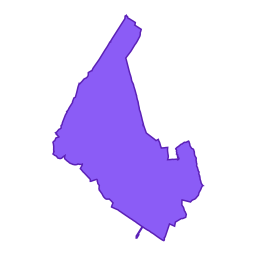 the district of Ghindaoani, Neamt, Romania
{"feature_id": "2599482B15248665891771", "entity_name": "Ghindaoani", "entity_type": "district", "adm_level": 2, "iso_a3": "ROU", "parent_name": "Romania", "parent_adm1": "Neamt", "projection": "mercator", "projection_center": [26.355, 47.112], "detail": "fine", "context": "isolated", "style": "filled", "palette": "violet", "viewbox_px": 256, "rotation_deg": 0, "n_neighbors": 0, "source": "geoboundaries", "source_scale": "gbopen_adm2", "svg_char_len": 5635}
<svg xmlns="http://www.w3.org/2000/svg" viewBox="0 0 256 256"><path d="M200.6,189.8L201.6,187.3L202.3,186.1L202.5,185.7L203.0,185.6L202.4,185.1L202.0,184.4L201.3,183.4L200.6,180.7L200.2,179.6L200.0,178.2L199.9,177.0L199.7,176.9L199.5,176.7L199.7,176.1L199.5,175.4L199.0,174.5L198.8,173.5L198.9,173.2L199.0,172.8L199.0,172.2L199.0,171.9L198.8,171.6L198.5,171.2L198.1,170.7L198.2,170.1L197.9,169.6L197.4,167.3L197.0,166.8L196.6,166.1L196.8,163.7L196.4,162.7L196.4,161.8L196.1,160.3L196.1,160.1L196.1,159.5L196.2,159.0L196.2,158.0L196.1,157.8L195.5,156.9L195.3,156.4L195.0,156.0L194.8,155.7L194.7,155.5L194.5,154.3L194.3,152.9L194.3,152.5L194.4,152.2L193.5,149.4L193.2,149.1L192.5,148.7L191.6,148.3L190.7,146.9L190.5,146.6L190.0,145.7L189.9,145.2L189.8,144.6L189.8,144.3L189.6,143.6L189.5,143.2L189.2,142.8L189.2,142.6L189.2,142.3L188.9,141.5L188.6,141.1L188.4,141.2L187.8,141.4L186.7,142.0L186.1,142.4L185.4,142.3L184.6,142.4L184.3,142.3L184.0,142.5L182.1,143.9L181.0,144.3L178.5,146.4L176.9,147.5L176.3,148.1L175.7,148.8L175.8,149.1L176.2,149.3L176.6,150.3L176.5,151.0L176.4,151.7L176.9,152.9L176.7,153.7L176.6,153.8L176.5,154.0L177.0,154.3L177.3,154.7L177.5,154.9L177.7,155.0L177.6,155.4L177.3,155.6L177.3,155.8L177.7,156.1L178.0,156.5L178.1,157.0L177.7,157.1L177.7,157.5L178.0,157.9L178.6,157.9L178.9,158.2L178.9,158.6L178.6,159.3L178.5,159.5L177.5,159.8L177.4,159.4L177.1,159.1L175.2,159.3L173.3,159.4L172.6,159.3L170.0,159.6L167.6,159.7L168.2,157.5L168.3,156.5L168.3,156.0L167.9,153.7L167.6,151.4L167.5,149.9L167.6,148.5L167.7,147.4L165.4,147.6L164.4,147.8L161.3,148.0L161.1,147.3L160.5,145.8L160.3,144.9L159.7,142.8L159.4,142.0L158.9,141.2L158.3,139.4L156.0,140.6L154.3,139.1L146.3,133.0L143.6,125.3L143.2,125.5L143.0,124.6L143.4,124.2L142.2,119.9L141.8,118.0L141.4,116.4L140.6,113.2L140.5,112.7L140.2,111.7L139.9,110.9L139.8,110.7L139.5,109.9L139.1,107.3L138.5,104.7L138.3,103.1L138.0,101.6L137.3,99.5L137.0,98.2L136.9,97.8L136.8,97.2L136.7,96.7L136.6,96.3L136.6,95.7L136.3,94.9L135.9,93.5L135.0,90.1L133.8,86.3L133.4,84.4L132.8,83.1L132.7,82.8L132.3,82.2L131.9,81.2L131.6,80.4L131.2,78.0L130.4,75.1L130.2,74.7L129.4,72.0L128.2,67.3L126.0,58.7L125.7,58.1L131.0,51.1L135.0,44.5L135.6,43.8L136.6,42.3L136.8,41.9L137.4,40.9L138.6,38.6L139.1,37.6L139.4,37.1L139.6,36.7L139.8,36.2L140.0,35.7L140.2,34.4L140.3,33.9L140.2,33.1L140.2,32.7L140.4,32.2L140.9,30.7L141.2,29.3L134.7,25.1L135.1,24.3L135.2,23.7L135.2,23.4L135.1,23.1L135.3,22.5L128.8,18.4L128.3,18.5L128.0,17.9L127.6,17.4L127.6,16.7L127.3,16.3L126.9,16.2L126.6,16.2L126.3,16.1L126.2,15.8L126.2,15.4L125.1,16.1L124.9,18.7L112.0,38.9L110.7,41.1L110.6,42.0L110.3,42.1L109.9,42.0L108.9,43.8L107.4,46.4L104.9,50.2L99.1,59.6L93.4,67.7L93.0,68.4L91.8,70.8L91.3,70.8L88.4,72.5L88.2,72.8L88.3,73.7L88.2,75.4L88.0,75.9L87.7,76.4L87.3,77.0L86.3,77.9L85.0,78.5L83.8,79.2L82.5,80.9L79.8,83.8L79.2,83.4L78.0,87.0L76.7,92.5L75.4,97.2L73.9,98.0L72.5,101.8L72.6,102.4L69.2,107.8L68.1,110.0L66.7,111.6L67.1,112.0L65.4,115.0L62.4,122.7L62.0,124.7L61.1,125.5L61.1,127.9L60.8,128.4L60.2,128.8L58.9,129.4L58.3,130.1L57.1,131.6L56.6,132.1L55.5,132.8L56.7,133.9L56.3,134.2L58.3,136.2L58.9,136.9L58.7,137.1L57.8,137.3L57.3,137.5L56.6,137.7L56.0,137.9L55.8,138.3L55.6,138.7L55.3,139.4L55.0,140.1L54.7,140.7L54.2,141.0L53.7,141.3L53.2,141.9L53.0,142.2L53.0,142.6L53.2,143.1L53.4,144.1L53.5,144.9L53.6,145.6L53.7,146.0L53.7,147.0L53.7,147.4L53.7,148.8L53.6,149.2L53.7,149.7L53.7,150.2L53.7,150.6L53.7,151.3L54.0,151.1L54.1,151.3L54.0,151.5L53.9,151.9L53.6,152.7L53.0,154.0L53.6,154.4L53.7,154.5L54.1,154.9L54.7,155.3L55.7,155.8L56.2,156.0L56.6,156.3L56.8,156.6L57.3,157.4L57.6,157.8L57.8,158.0L58.1,158.1L60.1,158.6L61.3,158.3L61.6,158.1L62.0,157.9L63.0,156.9L63.4,156.6L64.3,156.0L64.9,155.6L64.8,156.0L64.5,157.2L64.6,158.1L64.8,158.8L65.8,159.7L66.6,160.5L67.6,161.3L68.6,162.0L69.0,162.4L69.4,162.8L70.4,163.4L71.1,163.6L72.9,164.4L74.0,164.6L75.0,164.8L76.7,164.6L77.3,164.4L77.7,164.1L78.0,164.1L78.6,164.1L79.7,164.4L80.1,164.4L80.9,164.4L82.1,164.3L82.3,164.2L82.3,164.7L81.7,166.1L80.3,168.7L81.1,169.4L83.1,171.9L84.2,172.9L87.5,176.4L88.3,177.3L88.6,177.5L88.9,177.6L89.0,178.0L89.3,178.4L89.7,178.7L90.1,179.2L90.3,179.5L90.3,181.3L90.9,181.3L95.5,179.7L96.1,179.6L96.8,179.4L97.3,180.0L97.4,180.4L97.2,181.0L97.3,181.4L97.5,181.7L97.6,182.2L97.8,183.2L97.9,183.6L98.2,184.1L99.0,185.1L99.3,185.4L99.3,185.6L99.2,186.0L99.1,186.7L99.1,187.3L99.1,187.7L99.0,188.3L99.0,188.9L99.1,189.4L99.4,189.8L99.6,190.1L99.4,190.3L100.2,191.3L101.0,192.4L102.0,193.8L102.3,194.4L102.5,194.7L102.8,195.4L103.7,196.9L104.6,197.8L105.1,198.4L105.7,198.8L106.4,199.1L108.6,199.1L109.0,199.0L109.3,199.0L110.2,199.9L111.3,201.0L113.0,202.9L112.9,203.2L112.8,203.5L112.3,204.6L111.6,206.5L111.5,206.9L111.5,207.0L116.0,209.0L117.2,209.5L117.9,209.8L118.9,210.6L123.8,214.0L124.5,214.4L125.1,214.9L127.7,216.6L129.7,218.0L132.6,219.8L133.0,220.2L134.1,220.9L135.1,221.5L137.3,223.2L139.1,224.4L141.4,226.1L142.2,226.6L136.2,236.1L136.7,236.5L136.1,237.9L136.8,238.1L137.5,237.0L138.8,234.8L138.0,234.4L139.1,232.8L139.5,232.1L142.7,226.9L145.2,228.6L147.8,230.2L148.7,230.6L150.1,231.5L151.0,232.3L153.2,233.6L157.3,236.6L160.2,238.6L162.2,239.9L163.2,240.4L163.8,240.6L164.2,240.2L164.3,239.7L164.4,239.0L164.3,238.4L164.4,238.1L164.3,237.7L165.1,237.0L169.5,223.9L174.6,226.2L175.4,222.1L181.2,218.6L182.6,218.6L185.7,217.3L186.3,214.4L185.0,211.5L184.3,210.6L184.1,209.5L183.6,207.8L183.4,207.3L182.7,206.3L181.9,205.1L181.9,201.4L182.1,199.9L190.5,202.0L191.9,200.4L193.2,199.7L194.5,199.2L195.5,198.6L196.5,197.4L198.4,195.2L199.0,192.6L200.6,189.8Z" fill="#8b5cf6" stroke="#5b21b6" stroke-width="1.5"/></svg>